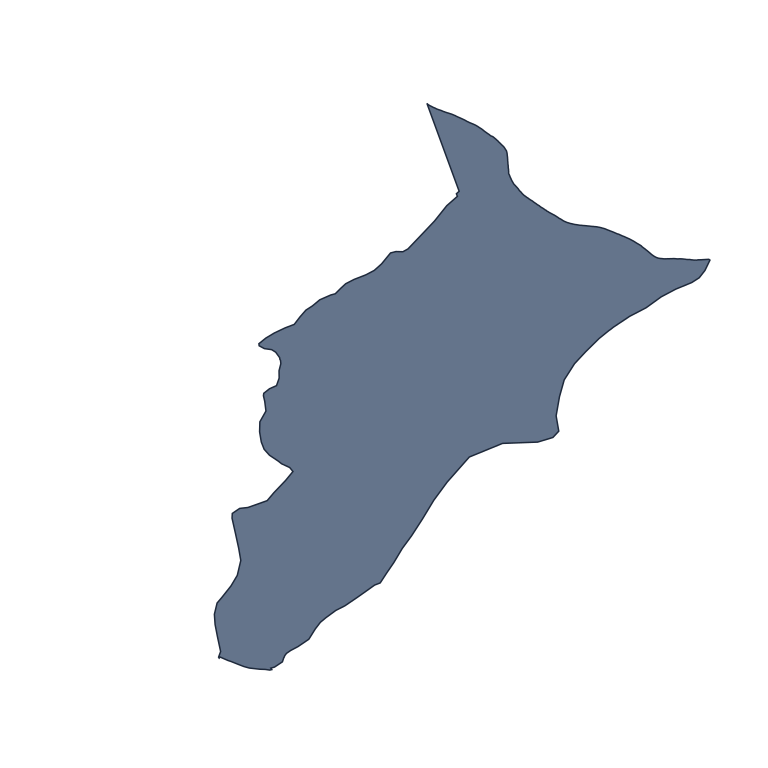 Monchy/Malgretoute, Dauphin, Saint Lucia (orthographic projection), rotated 133°
{"feature_id": "8701671B92631226508247", "entity_name": "Monchy/Malgretoute", "entity_type": "district", "adm_level": 2, "iso_a3": "LCA", "parent_name": "Saint Lucia", "parent_adm1": "Dauphin", "projection": "orthographic", "projection_center": [-60.922, 14.041], "detail": "fine", "context": "isolated", "style": "filled", "palette": "slate", "viewbox_px": 768, "rotation_deg": 133, "n_neighbors": 0, "source": "geoboundaries", "source_scale": "gbopen_adm2", "svg_char_len": 6101}
<svg xmlns="http://www.w3.org/2000/svg" viewBox="0 0 768 768"><g transform="rotate(133 384 384)"><path d="M71.1,230.1L71.3,231.5L76.3,236.3L76.9,236.8L77.5,237.5L78.2,238.1L78.8,238.8L79.4,239.3L80.3,239.9L80.9,240.7L82.0,241.8L82.8,243.0L83.4,243.7L84.1,244.8L84.5,245.4L85.3,246.2L86.1,247.1L86.6,247.7L86.9,248.2L87.2,248.6L87.5,249.1L88.1,249.8L88.7,250.7L89.3,251.4L90.0,252.3L90.6,252.9L90.9,253.3L91.8,254.1L92.2,254.5L92.8,255.2L93.2,255.8L93.5,256.2L93.8,256.6L94.5,257.4L95.0,258.0L96.0,258.9L96.8,259.8L97.5,260.5L97.9,260.8L98.5,261.5L98.8,261.9L99.2,262.2L100.0,263.0L100.5,263.5L101.0,264.1L101.4,264.4L102.3,265.7L102.8,266.3L103.2,266.9L103.6,267.3L104.4,268.5L104.7,268.9L104.9,269.3L105.2,269.9L105.5,270.6L105.9,271.7L106.1,272.5L106.3,273.3L106.5,274.4L106.6,275.2L106.7,275.9L106.8,277.1L106.8,278.5L106.9,279.3L106.9,279.8L106.9,280.8L107.0,281.6L107.0,282.2L107.1,283.3L107.2,284.3L107.2,285.3L107.4,286.6L107.5,287.6L107.6,288.6L107.6,289.3L107.5,289.9L107.8,291.7L108.0,292.5L108.1,293.0L108.4,294.3L108.6,295.0L108.8,296.2L109.0,297.3L109.2,298.3L109.4,299.3L109.7,300.3L110.0,301.5L110.3,302.6L110.6,303.7L110.8,304.2L111.1,305.1L111.3,305.7L111.6,306.5L112.3,308.7L112.7,309.7L113.1,310.5L113.3,311.2L113.6,312.2L113.8,312.7L114.1,313.6L114.3,314.4L114.5,314.8L114.8,315.2L115.0,315.6L115.2,316.1L115.4,316.7L116.0,318.4L116.2,319.0L116.4,319.6L116.6,320.1L117.2,321.6L117.5,322.3L117.7,322.7L118.1,323.9L118.5,324.8L118.7,325.3L119.1,326.3L119.3,327.0L119.5,327.4L119.7,328.0L119.9,328.5L120.4,329.5L120.7,330.0L120.9,330.4L121.2,330.9L121.4,331.4L121.7,332.0L122.2,332.8L122.4,333.2L122.8,333.8L123.2,334.4L123.6,335.1L124.1,335.8L124.5,336.4L125.1,337.1L125.6,337.7L126.1,338.5L126.7,339.1L127.5,340.2L128.1,341.0L128.5,341.6L129.0,342.2L129.3,342.6L130.0,343.5L130.3,344.0L131.2,345.1L131.5,345.5L131.9,346.0L132.5,346.7L133.1,347.6L134.4,349.1L134.8,349.8L135.1,350.2L135.4,350.7L135.7,351.1L136.2,351.9L136.8,352.7L137.3,353.4L137.6,354.0L137.9,354.5L138.3,355.1L138.6,355.8L139.0,356.4L139.5,357.2L139.9,358.0L140.1,358.5L140.3,358.9L140.9,360.0L141.1,360.5L141.7,362.2L141.9,362.7L142.1,363.3L142.2,363.8L142.4,364.4L142.6,365.9L142.8,366.9L143.1,368.1L143.3,368.6L143.5,369.7L143.5,370.2L143.8,371.8L143.9,372.5L144.4,375.0L144.6,375.4L144.9,376.7L145.2,377.8L145.4,378.5L145.7,379.7L145.9,380.4L146.1,381.7L146.3,382.4L146.5,383.1L146.4,383.9L146.7,384.6L146.9,386.4L147.0,387.1L147.2,388.1L147.4,388.9L147.6,389.7L147.6,390.2L147.8,391.2L147.7,391.7L147.8,392.3L148.3,394.4L148.3,394.9L148.4,395.9L148.6,397.0L148.7,397.7L148.8,398.3L148.9,399.3L148.9,399.8L149.1,401.1L149.3,401.7L149.5,402.7L149.6,403.7L149.8,404.6L149.8,405.6L150.1,406.7L150.2,407.8L150.2,408.3L150.5,410.0L150.5,412.1L150.5,412.6L150.4,413.4L150.2,414.7L150.2,415.3L150.2,416.7L150.0,417.7L149.9,418.2L149.7,418.9L149.6,420.1L149.5,420.7L149.5,421.2L149.4,422.6L149.3,423.2L149.3,424.1L149.3,424.7L149.2,425.4L149.1,425.9L148.7,427.1L148.2,428.8L147.7,430.2L147.5,430.6L147.2,431.2L146.9,432.1L146.7,432.5L146.4,433.3L145.8,434.4L145.6,434.9L145.3,435.8L145.0,436.4L144.5,436.9L143.4,437.9L143.1,438.3L142.4,439.0L142.0,439.4L141.5,440.1L141.1,440.6L140.6,441.1L139.5,442.2L139.2,442.6L138.6,443.4L137.6,444.4L137.2,444.8L136.8,445.3L136.0,446.2L135.4,446.7L135.0,447.2L134.2,448.0L133.6,448.7L132.7,449.8L131.7,450.9L130.8,452.1L130.5,452.6L129.9,453.6L129.7,454.6L129.5,455.4L129.3,456.1L129.1,456.8L128.9,457.9L128.8,458.4L128.8,461.2L128.7,463.5L128.7,465.7L128.5,466.9L128.7,468.0L128.6,469.4L128.7,470.0L128.7,470.9L128.8,472.2L128.8,472.7L129.1,473.8L129.4,474.4L129.7,475.3L129.8,476.3L129.8,477.1L129.9,477.8L130.1,478.8L130.2,479.5L130.3,480.5L130.4,481.1L130.6,482.6L130.7,483.9L130.7,484.6L130.8,485.5L130.9,486.6L131.1,487.6L131.6,490.2L131.7,491.2L131.9,491.9L132.0,492.4L132.2,493.3L132.4,494.0L132.8,495.2L133.2,496.4L133.4,496.8L133.6,497.4L133.9,498.2L134.1,498.7L134.4,499.5L134.6,500.1L135.0,501.5L135.3,502.2L135.5,503.2L135.9,504.9L136.7,507.4L137.2,508.9L137.7,510.4L137.9,510.9L138.4,512.3L139.0,514.2L139.1,514.9L139.3,515.3L139.5,515.8L140.0,517.2L140.5,518.6L140.7,519.0L141.2,520.0L141.5,520.7L141.7,521.1L141.9,521.5L142.1,522.0L142.5,522.6L142.9,523.6L143.4,524.6L143.7,525.5L144.0,526.0L144.2,526.5L145.0,528.8L145.2,529.2L145.4,529.7L145.6,530.1L145.8,530.5L146.1,531.1L146.4,531.9L146.7,532.5L147.0,533.3L147.4,534.9L147.8,535.8L148.3,537.3L148.5,538.2L148.7,538.9L149.0,539.7L149.2,540.5L149.4,541.5L149.6,542.8L149.5,544.0L191.8,460.5L195.5,460.8L196.7,458.3L210.8,459.7L230.4,458.2L253.2,458.4L268.9,458.6L274.4,460.4L279.0,465.6L283.7,468.6L297.8,467.7L307.6,468.6L316.7,471.8L327.9,477.2L336.8,480.4L343.4,480.9L351.3,481.2L355.1,483.6L366.2,488.4L374.9,489.5L376.1,489.7L383.2,491.5L392.3,491.2L401.6,490.3L410.4,494.6L421.5,499.0L430.8,501.7L439.8,503.0L441.2,501.4L439.7,495.6L435.5,489.6L434.6,484.9L435.9,478.3L437.0,476.9L437.3,475.8L439.5,473.3L445.9,469.8L451.2,464.7L458.5,461.5L465.5,464.5L472.8,465.6L474.8,464.2L478.1,459.3L484.3,451.9L496.3,449.0L503.8,442.4L510.1,434.2L513.5,427.1L514.2,419.2L512.5,408.6L512.2,404.5L509.4,396.0L510.1,390.9L521.9,390.2L538.6,390.4L549.0,389.9L567.1,399.3L573.4,404.7L582.1,406.7L585.8,403.6L594.4,391.0L603.2,378.3L610.7,368.4L624.0,360.8L636.0,358.2L651.0,357.0L658.0,356.7L668.1,351.0L675.1,343.5L682.3,333.6L691.1,321.0L696.6,318.7L696.9,317.6L695.5,317.7L692.6,309.5L691.3,306.7L688.5,299.5L686.2,293.8L683.6,288.8L677.3,280.3L673.8,276.3L671.1,272.4L669.4,271.3L669.0,273.0L665.7,271.0L656.5,268.8L652.3,270.7L651.7,270.7L650.5,271.3L647.5,271.6L642.5,270.5L634.7,267.8L621.9,264.9L610.0,267.2L601.7,268.0L594.5,267.1L582.4,264.8L572.8,261.3L557.8,257.9L540.8,254.4L537.4,253.7L532.1,251.1L520.0,253.2L508.0,255.0L491.7,258.5L476.2,260.3L456.5,263.8L435.0,268.3L412.7,270.9L379.2,271.8L346.6,256.8L321.7,232.0L307.9,224.0L299.3,224.0L289.9,236.4L273.6,247.0L258.1,255.0L239.2,258.5L222.9,258.5L204.0,257.7L191.2,255.9L189.6,255.5L186.1,255.0L167.0,250.5L149.5,244.3L131.2,240.7L115.6,235.3L99.9,228.1L91.3,225.9L82.1,226.7L71.1,230.1Z" fill="#64748b" stroke="#1e293b" stroke-width="1.5"/></g></svg>